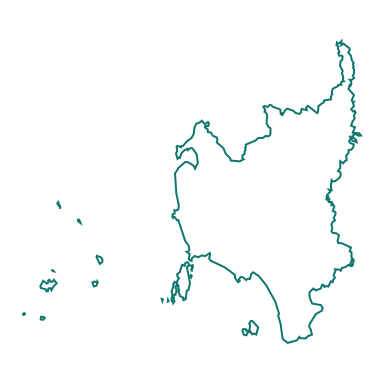 outline of La-Ngu, Satun, Thailand
{"feature_id": "78962969B4904051654531", "entity_name": "La-Ngu", "entity_type": "district", "adm_level": 2, "iso_a3": "THA", "parent_name": "Thailand", "parent_adm1": "Satun", "projection": "robinson", "projection_center": [99.786, 6.925], "detail": "fine", "context": "isolated", "style": "outline", "palette": "teal", "viewbox_px": 384, "rotation_deg": 0, "n_neighbors": 0, "source": "geoboundaries", "source_scale": "gbopen_adm2", "svg_char_len": 6026}
<svg xmlns="http://www.w3.org/2000/svg" viewBox="0 0 384 384"><path d="M334.3,206.3L332.5,204.3L331.5,205.1L331.4,203.4L332.5,203.5L331.7,201.9L328.7,202.0L329.3,199.5L327.3,200.0L326.5,199.3L328.5,198.2L328.3,197.1L327.5,198.1L326.6,197.4L327.0,195.0L330.5,191.5L328.9,189.6L331.6,190.0L330.8,186.0L331.7,180.2L332.8,181.5L335.3,181.1L339.9,177.3L340.7,174.9L340.4,172.3L338.0,171.0L340.3,167.9L340.2,161.2L343.2,163.3L345.0,160.9L346.6,160.4L346.2,155.6L348.7,152.7L348.6,150.1L351.5,149.6L353.4,147.0L353.7,144.4L350.1,142.9L349.1,141.4L350.6,139.1L350.0,136.6L350.7,136.5L352.3,140.6L356.6,142.3L356.2,140.0L352.7,137.2L353.4,134.8L355.4,134.1L358.9,135.8L361.0,135.5L359.2,133.3L352.7,132.7L355.0,127.2L351.1,125.8L352.6,121.4L354.7,118.5L353.9,115.3L355.6,112.6L354.7,110.9L353.2,111.6L351.2,109.3L354.0,105.8L353.0,103.2L353.9,101.8L352.6,102.0L351.7,100.3L354.0,95.1L348.5,89.0L349.7,85.1L350.5,85.8L351.4,84.1L351.0,81.2L349.8,79.8L351.6,79.9L354.1,78.1L352.7,75.6L354.1,73.5L353.9,68.9L353.0,67.8L353.8,66.1L352.8,64.2L353.7,62.9L351.9,60.5L350.9,55.7L348.2,52.4L349.8,49.8L349.4,48.2L343.6,43.7L341.3,45.2L341.5,41.1L339.3,43.3L337.6,43.6L336.9,42.7L336.5,45.2L338.5,46.5L337.9,48.4L339.4,52.2L338.2,53.2L339.1,55.7L341.9,55.6L342.6,56.5L342.2,59.9L340.7,61.2L340.0,65.6L342.7,71.0L341.9,73.4L343.2,76.8L342.9,80.0L343.9,81.2L341.7,81.7L340.9,83.2L341.4,84.7L338.3,84.9L338.2,86.0L332.8,88.7L331.7,92.4L332.3,94.1L330.9,96.6L331.0,99.4L324.1,100.4L323.9,102.1L318.5,106.0L318.0,111.9L317.2,113.2L307.9,105.8L306.1,107.8L306.8,110.1L301.8,108.9L301.0,112.3L299.6,113.9L295.8,113.1L293.2,110.7L287.1,108.6L284.9,110.5L282.5,115.0L280.7,114.2L281.4,112.8L280.5,112.2L280.3,109.5L272.5,106.6L271.5,105.3L269.7,104.8L267.7,107.1L264.9,106.0L263.3,106.8L265.2,109.7L264.5,111.8L265.7,112.2L267.2,115.3L266.5,123.0L268.3,126.7L270.5,128.3L270.4,134.7L268.3,136.4L265.7,135.8L263.3,137.8L258.1,138.1L255.4,140.6L245.7,144.7L245.8,147.2L245.0,147.9L245.7,149.9L244.6,151.4L244.5,154.1L242.5,155.2L242.3,157.8L243.7,159.2L239.6,161.4L230.6,160.5L230.2,158.3L225.6,153.5L223.4,148.1L216.7,142.4L217.4,140.1L216.9,137.6L213.0,135.8L210.7,132.4L207.9,132.2L207.7,129.3L204.9,127.5L205.3,126.1L208.3,126.0L208.9,123.4L207.9,122.0L204.9,124.2L201.9,120.7L199.9,122.5L196.5,123.5L194.6,127.1L193.7,134.0L191.5,138.0L186.7,141.5L183.2,145.7L181.0,146.2L180.9,147.2L177.5,145.8L176.6,146.6L177.2,151.0L176.0,153.5L177.5,158.8L178.7,157.6L179.8,158.0L181.5,153.3L183.8,150.7L187.3,148.8L187.9,150.2L190.6,148.0L192.6,148.4L196.6,154.2L197.9,162.7L195.0,168.7L193.9,166.1L190.9,163.8L187.3,162.0L185.1,162.1L178.6,167.8L175.0,173.5L176.3,193.1L178.9,205.9L178.1,209.7L175.6,210.7L174.5,210.2L174.6,213.6L172.6,214.4L172.4,217.0L173.0,217.8L173.5,216.8L174.7,217.1L177.0,220.3L178.3,220.1L185.1,240.7L188.6,245.6L189.4,249.9L188.2,251.8L186.9,251.9L189.7,254.1L188.7,259.4L191.6,261.0L191.7,258.5L194.7,256.0L198.3,257.2L201.9,255.4L205.1,256.1L209.8,253.1L210.2,254.5L209.1,258.4L210.5,260.6L224.7,267.3L232.8,273.3L235.0,275.0L235.0,277.9L238.1,282.2L239.8,280.8L238.9,279.4L240.8,276.9L243.5,277.6L246.0,280.0L248.2,278.7L249.8,279.1L251.3,273.8L253.2,272.3L258.8,276.0L266.3,285.4L275.2,301.5L279.0,313.5L278.2,315.7L280.6,324.0L282.5,337.8L283.3,339.5L287.7,342.9L297.0,340.3L299.3,337.0L300.0,338.1L305.8,338.5L307.5,336.4L311.9,334.6L310.7,329.4L309.2,326.9L309.7,324.0L315.9,314.0L322.1,310.5L322.7,308.0L320.9,305.1L312.1,303.5L309.8,297.8L309.3,293.5L309.9,291.8L313.4,288.5L315.7,290.4L320.7,288.6L322.1,284.9L323.4,284.9L324.4,287.0L326.3,286.0L328.4,286.5L330.8,281.3L332.7,282.1L333.1,279.8L334.9,277.8L333.6,275.5L335.6,270.5L335.0,269.3L339.8,269.7L340.7,270.7L341.9,268.0L345.9,266.8L348.2,264.9L350.8,266.1L352.7,265.6L353.0,264.0L351.6,264.7L350.3,263.9L351.0,261.9L352.4,261.8L351.8,260.6L353.4,260.6L352.3,259.4L353.1,259.1L351.5,257.6L351.5,252.2L349.7,251.2L351.0,247.5L341.9,243.3L338.1,243.0L337.6,240.5L339.0,235.5L336.6,233.4L332.5,232.8L331.5,231.1L332.4,228.0L331.4,224.5L332.5,222.0L335.0,220.5L333.7,217.8L335.5,214.4L335.3,212.0L332.8,211.0L334.3,206.3ZM188.3,262.6L186.3,262.3L184.9,263.6L184.8,265.8L182.1,264.8L179.8,272.1L177.1,274.4L177.4,276.4L179.0,278.1L177.0,281.4L177.0,283.4L178.5,285.8L178.2,288.3L179.2,289.8L178.6,291.7L180.0,296.0L183.5,297.8L182.9,299.2L183.7,300.2L185.7,299.2L186.7,290.7L188.4,290.1L190.0,283.1L187.0,267.6L187.7,266.2L189.9,265.4L189.0,265.1L188.3,262.6ZM51.2,281.9L49.2,279.7L48.1,280.8L48.4,282.5L46.7,283.6L43.2,280.8L40.3,286.3L41.0,288.0L45.7,289.4L46.5,291.4L48.0,291.2L48.2,288.9L49.3,288.1L50.4,288.2L51.4,290.2L53.3,286.7L56.7,283.3L53.9,279.8L52.4,281.9L51.2,281.9ZM256.2,334.6L258.2,327.4L252.2,320.9L250.7,321.1L249.2,323.8L250.2,325.3L249.5,329.5L251.2,333.2L252.3,334.3L253.9,333.4L256.2,334.6ZM176.7,283.5L174.6,281.9L173.2,284.3L173.5,285.9L171.6,291.7L172.4,294.3L171.4,299.8L171.9,301.2L173.0,301.0L173.2,303.1L174.5,301.5L173.6,298.7L174.0,297.3L172.9,296.1L174.4,294.6L175.4,294.8L176.7,290.6L175.5,287.4L175.7,286.3L176.9,286.2L176.7,283.5ZM99.8,263.9L102.3,262.1L102.5,259.5L100.8,257.2L96.8,255.8L96.5,257.0L99.8,263.9ZM246.2,330.7L246.2,329.4L243.2,329.0L242.4,330.8L244.0,334.7L246.4,335.3L247.6,332.5L249.3,332.1L248.6,330.9L246.2,330.7ZM97.7,282.5L97.2,281.4L96.8,282.6L94.4,281.5L92.4,282.4L93.9,286.5L96.5,285.6L97.7,282.5ZM43.6,316.9L41.0,316.8L40.7,319.4L43.2,319.8L44.8,318.0L43.6,316.9ZM80.5,223.0L79.2,219.7L77.9,219.8L78.1,221.2L80.5,223.0ZM192.8,267.8L192.7,264.4L191.7,266.5L192.1,268.0L192.8,267.8ZM23.7,315.0L24.9,314.0L25.0,313.5L23.9,313.2L23.0,314.3L23.7,315.0ZM58.7,204.2L58.5,202.5L58.2,202.0L57.3,203.5L58.7,204.2ZM191.3,277.4L191.7,275.8L190.9,275.1L190.5,276.5L191.3,277.4ZM162.4,301.0L162.9,299.4L161.8,299.0L162.4,301.0ZM192.0,271.4L191.9,268.5L191.1,269.5L192.0,271.4ZM53.9,271.4L52.8,270.2L52.3,270.2L52.8,271.2L53.9,271.4ZM59.9,205.6L59.0,205.7L59.9,206.5L59.9,205.6ZM59.8,207.8L60.7,208.5L60.1,207.3L59.8,207.8ZM167.8,301.5L168.5,301.2L168.0,300.0L167.8,301.5Z" fill="none" stroke="#0f766e" stroke-width="2"/></svg>